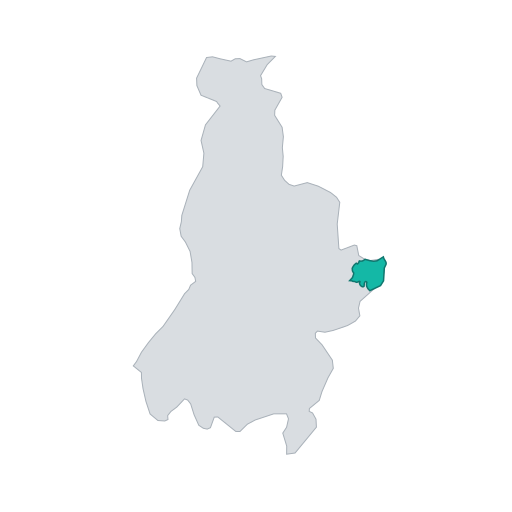 Crnomelj highlighted on a map of Slovenia, rotated 294°
{"feature_id": "SVN-945", "entity_name": "Crnomelj", "entity_type": "Municipality", "adm_level": 1, "iso_a3": "SVN", "parent_name": "Slovenia", "parent_adm1": "", "projection": "orthographic", "projection_center": [15.174, 45.522], "detail": "fine", "context": "in_parent", "style": "filled", "palette": "teal", "viewbox_px": 512, "rotation_deg": 294, "n_neighbors": 0, "source": "natural_earth", "source_scale": "10m", "svg_char_len": 2559}
<svg xmlns="http://www.w3.org/2000/svg" viewBox="0 0 512 512"><g transform="rotate(294 256 256)"><path d="M446.2,192.5L435.4,188.4L422.6,186.8L420.2,189.1L415.0,191.6L412.5,195.8L414.7,212.4L411.6,215.3L396.9,213.9L392.1,215.8L384.2,227.5L376.1,232.5L365.7,236.0L358.1,240.3L348.4,244.0L340.1,246.3L336.8,251.3L334.9,257.0L335.4,262.4L343.9,273.0L345.1,284.4L344.3,298.3L342.4,305.7L339.1,310.7L318.2,317.2L296.5,328.7L296.0,331.3L306.0,341.4L306.4,343.9L298.2,349.7L297.4,355.5L298.3,362.2L302.7,369.1L304.3,375.3L292.3,379.8L276.1,378.2L256.9,369.5L250.1,370.8L243.6,375.2L237.0,373.3L229.7,367.9L219.4,356.8L214.4,350.0L212.4,342.7L209.6,341.6L205.3,343.7L201.7,352.5L191.9,368.1L184.8,372.3L174.1,371.3L159.1,371.4L149.8,372.5L138.4,366.8L135.7,367.8L135.6,371.5L131.3,377.2L124.2,380.8L91.9,371.8L87.4,364.6L94.8,361.4L105.1,352.5L112.0,353.6L120.5,351.9L124.2,348.1L119.1,336.5L105.9,322.0L98.8,316.5L89.1,312.7L87.5,308.9L93.4,286.6L91.8,283.4L80.6,284.2L78.0,281.8L77.2,277.9L78.1,272.6L85.8,264.0L94.3,256.5L96.6,252.2L96.4,248.8L85.8,245.1L79.4,241.5L74.3,240.2L70.8,242.1L68.2,239.8L65.8,233.3L68.6,223.5L78.4,214.6L88.8,206.8L97.8,201.1L103.0,198.7L105.7,188.6L111.0,189.8L121.5,190.5L133.3,193.0L144.2,196.0L153.8,199.7L174.1,203.6L192.6,206.1L198.1,208.2L202.7,208.1L208.3,211.2L211.6,208.9L214.0,204.8L224.1,200.1L233.4,193.9L240.0,185.9L243.6,179.6L250.0,175.2L256.8,173.9L263.0,171.7L289.1,168.7L315.9,171.0L328.7,166.6L339.2,158.8L354.5,156.6L355.3,156.5L378.4,162.2L380.1,158.7L381.1,157.2L380.5,140.4L387.6,132.7L394.3,129.4L417.2,130.1L420.3,135.3L421.6,143.2L423.8,153.9L427.7,156.8L429.8,161.0L429.5,168.4L434.1,173.8L444.9,188.6L446.2,192.5Z" fill="#d9dde1" stroke="#a8b0b8" stroke-width="1"/><path d="M297.2,357.0L297.3,357.1L298.0,361.7L299.0,365.5L300.8,368.5L307.0,372.7L305.8,373.7L303.6,376.8L302.5,377.8L301.2,378.2L297.2,378.1L290.3,380.7L285.2,382.6L279.6,381.8L270.6,374.1L271.7,371.5L273.1,369.7L273.9,369.1L275.2,368.4L277.0,368.0L277.4,367.5L277.3,366.6L276.4,366.0L275.0,366.1L273.6,366.6L272.3,367.0L271.5,366.5L271.1,365.5L271.5,363.5L272.6,362.1L273.2,361.7L273.6,361.4L274.0,361.4L274.4,361.6L274.9,361.4L274.9,360.6L273.4,359.3L272.8,358.4L272.8,356.4L272.2,354.8L272.3,353.7L271.6,351.6L275.5,352.9L278.9,352.6L279.9,352.3L280.5,351.9L280.6,351.5L281.0,350.9L281.7,350.1L283.9,348.9L285.7,349.0L287.9,349.4L290.2,350.5L290.0,352.0L291.9,352.6L293.1,352.3L293.6,352.5L293.6,353.0L294.0,353.9L294.6,355.1L295.8,356.1L296.9,356.7L297.1,356.9L297.2,357.0Z" fill="#14b8a6" stroke="#0f766e" stroke-width="1.5"/></g></svg>